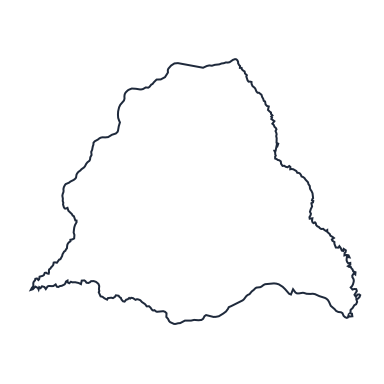 the district of Canabrava do Norte, Mato Grosso, Brazil, rotated 178°
{"feature_id": "56859067B45377841308252", "entity_name": "Canabrava do Norte", "entity_type": "district", "adm_level": 2, "iso_a3": "BRA", "parent_name": "Brazil", "parent_adm1": "Mato Grosso", "projection": "robinson", "projection_center": [-51.832, -11.229], "detail": "fine", "context": "isolated", "style": "outline", "palette": "slate", "viewbox_px": 384, "rotation_deg": 178, "n_neighbors": 0, "source": "geoboundaries", "source_scale": "gbopen_adm2", "svg_char_len": 5870}
<svg xmlns="http://www.w3.org/2000/svg" viewBox="0 0 384 384"><g transform="rotate(178 192 192)"><path d="M356.5,99.8L354.4,100.4L351.8,102.9L349.3,101.4L348.7,99.9L348.0,102.2L346.7,101.2L345.2,103.0L342.8,102.2L341.5,100.1L339.6,102.7L338.3,103.1L335.2,102.8L333.8,102.9L331.5,104.4L330.4,102.1L329.0,101.7L327.3,102.6L325.4,102.8L322.6,104.1L321.8,105.1L321.1,106.9L319.5,107.8L319.4,106.0L317.9,105.1L316.2,106.5L314.6,105.9L311.9,105.9L308.4,105.0L306.2,103.8L305.3,107.3L302.7,107.4L301.7,106.7L300.6,105.0L298.7,104.7L297.1,105.4L296.0,106.4L293.4,106.4L291.2,105.6L289.5,104.2L288.6,103.2L288.0,101.2L288.4,98.0L288.1,96.3L288.7,95.1L287.0,90.9L285.1,90.4L283.2,88.8L280.6,87.4L279.7,88.9L276.4,89.2L274.7,88.7L272.7,89.9L271.7,91.4L269.0,90.9L267.9,89.3L266.8,88.7L266.3,87.1L264.8,85.2L263.2,84.8L261.5,86.7L260.0,87.0L258.5,88.3L257.6,87.6L256.5,88.4L254.7,88.0L252.2,86.2L250.7,86.8L249.1,86.4L247.4,85.6L245.9,83.8L243.4,82.0L242.5,81.2L241.3,79.3L238.9,79.3L237.5,77.9L236.2,75.8L235.0,74.9L233.6,75.2L232.3,74.0L231.2,73.5L224.9,73.9L223.1,73.2L221.7,71.7L222.0,68.0L220.4,66.1L219.4,63.8L218.4,62.7L214.6,60.8L213.1,60.7L210.5,61.3L208.4,61.4L203.6,63.7L197.5,63.5L194.3,64.1L190.0,63.6L187.0,63.8L185.3,64.9L183.8,67.5L182.2,68.5L174.9,66.4L172.6,66.4L169.5,66.9L164.9,69.5L162.2,71.4L160.1,74.0L159.3,75.6L157.0,76.5L145.2,81.9L143.9,82.9L141.4,86.0L140.0,87.1L138.1,87.9L135.8,90.5L133.6,92.1L132.4,93.3L131.0,94.2L127.1,94.5L125.8,95.1L123.7,96.6L122.1,97.3L113.3,97.8L111.0,97.5L108.5,96.7L104.7,94.1L102.3,91.6L98.5,86.9L96.7,86.1L94.4,91.3L92.1,87.9L90.6,87.0L88.8,86.9L85.0,87.4L83.9,87.3L81.0,86.3L77.3,86.0L74.8,86.1L72.6,85.6L68.4,83.5L62.8,81.5L61.3,80.6L59.9,79.2L58.8,77.2L57.3,73.4L53.5,69.9L52.1,68.1L50.0,67.0L47.3,66.6L45.9,65.7L44.8,62.9L43.3,61.5L41.7,60.8L40.6,61.2L39.9,63.4L39.2,62.0L36.1,62.2L36.4,64.8L38.3,65.3L37.7,66.9L37.7,68.4L36.8,69.4L35.7,70.2L33.7,73.2L31.9,74.1L30.8,76.4L31.5,79.1L29.9,79.6L28.3,81.1L27.5,83.0L28.5,83.8L30.0,83.7L30.9,82.9L31.8,81.4L33.2,83.6L30.7,87.3L31.3,89.2L33.2,89.4L35.0,88.9L36.7,91.1L35.4,92.3L34.4,94.0L33.5,96.8L33.4,98.2L33.7,99.5L34.7,101.3L34.7,102.9L33.1,105.1L31.7,103.9L31.4,106.1L33.7,107.1L34.3,109.1L35.3,110.1L35.9,111.5L37.7,111.7L38.7,112.4L36.3,113.8L36.3,115.6L38.3,115.2L39.5,116.9L39.9,118.5L39.7,120.3L39.4,121.7L36.9,121.2L37.8,123.3L39.7,123.7L41.9,123.3L41.6,125.6L40.6,126.6L40.3,128.3L42.4,129.8L43.0,127.8L44.3,128.2L45.4,131.0L46.6,132.7L47.5,131.3L50.2,131.5L51.5,135.3L51.4,137.0L53.4,138.4L53.9,139.7L51.8,141.1L53.0,142.1L55.3,143.6L55.7,145.0L58.2,147.4L58.2,149.2L59.5,148.4L61.0,149.4L62.1,150.6L64.1,150.5L65.6,151.5L66.5,152.7L67.8,153.2L69.0,154.5L69.4,156.5L70.2,157.4L71.4,156.6L72.5,157.3L73.1,159.1L72.6,161.5L75.3,161.2L75.5,162.8L74.4,164.5L73.9,166.1L74.8,168.1L73.9,170.7L72.5,173.4L73.1,176.6L71.5,177.4L71.1,178.8L72.4,179.4L72.0,180.7L71.2,181.6L71.6,186.5L72.5,188.7L73.7,190.6L74.0,191.8L74.1,193.9L75.4,195.9L75.7,197.6L78.2,200.5L79.1,202.0L80.5,203.1L82.0,203.7L82.6,205.4L83.5,206.7L84.7,207.4L86.1,207.5L87.0,209.3L90.0,211.2L91.7,211.5L93.0,211.3L92.8,213.6L93.9,214.6L95.6,213.4L97.4,213.9L98.9,215.0L100.6,214.9L102.0,217.1L102.2,219.5L103.6,220.6L105.3,221.1L106.2,221.9L107.7,222.5L107.7,224.4L107.0,225.4L107.5,226.7L107.5,228.5L108.2,230.3L107.0,230.3L105.6,236.3L104.9,235.2L104.1,237.2L105.8,238.3L105.5,242.8L105.9,244.9L105.4,246.8L105.8,248.5L106.4,250.0L105.4,251.7L105.9,252.9L107.3,254.3L108.0,256.2L109.3,257.4L107.2,259.9L110.2,262.2L109.4,263.5L110.2,264.6L108.9,265.7L110.3,267.3L110.3,268.7L111.5,269.6L113.2,271.4L112.3,274.8L114.1,275.4L115.4,276.9L115.8,279.9L117.1,280.6L117.6,282.7L118.5,284.3L119.2,286.8L121.7,288.9L123.0,288.9L124.1,290.2L125.2,293.2L126.1,294.3L127.8,295.7L128.7,298.0L128.7,299.9L130.1,300.3L131.6,300.3L132.5,301.5L133.7,305.5L133.1,306.8L134.9,308.6L135.2,310.6L136.8,311.7L137.9,312.9L138.1,314.3L139.8,314.4L139.6,316.3L140.5,317.2L141.4,319.0L141.4,320.5L142.0,321.9L143.0,323.0L144.3,323.3L146.5,322.6L149.9,320.4L151.8,320.1L153.6,320.3L155.8,319.6L158.0,319.4L160.3,318.6L164.7,318.3L167.7,317.5L170.3,317.9L172.8,317.4L176.6,315.8L201.6,321.3L205.1,321.1L208.5,319.1L211.3,316.1L211.9,314.7L211.9,312.2L215.0,307.7L219.3,305.6L223.5,305.6L226.3,303.0L227.7,301.3L228.9,300.8L230.9,298.5L232.1,297.8L234.6,298.1L237.4,296.6L239.0,296.3L240.3,296.3L244.4,297.1L248.5,297.5L251.1,296.6L252.5,295.9L254.4,294.2L255.3,293.1L255.9,291.8L256.2,290.1L256.2,287.7L256.8,285.8L260.6,281.7L261.9,279.2L263.0,275.2L263.3,271.9L263.2,268.7L262.4,266.0L261.6,264.1L262.9,260.2L263.8,255.9L264.3,254.7L266.1,253.1L270.0,252.0L273.9,249.8L276.8,249.6L279.6,249.8L281.3,249.5L282.6,248.9L284.2,247.7L287.4,246.1L288.7,244.7L288.9,242.7L289.6,240.9L290.3,237.7L291.3,235.6L291.1,232.5L292.4,230.3L292.8,227.9L293.5,226.7L295.4,225.4L296.7,223.9L298.1,221.4L299.1,220.3L301.8,218.5L302.7,217.5L304.9,216.0L306.1,214.6L306.8,213.4L307.4,210.4L308.2,209.4L309.8,208.2L313.1,206.7L314.6,205.6L318.0,204.3L318.8,203.3L319.9,201.3L320.4,199.4L320.3,197.7L320.5,196.4L321.3,194.5L321.7,192.7L321.3,189.9L321.5,187.5L321.0,185.8L321.3,184.0L320.6,181.3L319.8,180.0L318.7,179.8L317.0,180.5L316.2,177.6L312.8,174.1L312.1,172.6L310.9,171.9L309.6,167.7L308.4,167.5L308.4,165.9L310.1,163.0L310.9,160.7L311.3,158.4L311.7,155.6L311.0,153.2L311.4,149.7L313.2,148.8L315.2,148.5L315.2,147.0L316.9,145.9L317.9,144.7L318.5,143.4L319.0,140.0L320.0,139.0L320.6,137.7L321.9,136.9L323.6,134.2L324.0,132.6L325.9,129.4L327.1,129.1L329.5,126.0L331.4,126.5L332.7,126.3L333.2,124.0L334.4,122.5L335.4,121.7L336.2,120.4L337.5,119.6L337.8,118.2L337.7,116.7L338.1,115.3L339.5,115.6L340.7,116.5L342.0,116.3L342.9,114.2L344.2,113.4L347.3,112.7L347.8,110.2L348.6,109.4L350.0,111.0L351.6,110.7L352.0,109.1L353.2,108.0L353.8,106.5L353.8,103.9L354.4,102.8L355.3,101.9L356.5,99.8Z" fill="none" stroke="#1e293b" stroke-width="2"/></g></svg>